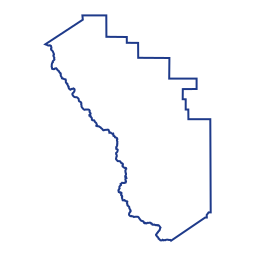 Mitre, Santiago del Estero, Argentina
{"feature_id": "61730980B33007651807911", "entity_name": "Mitre", "entity_type": "district", "adm_level": 2, "iso_a3": "ARG", "parent_name": "Argentina", "parent_adm1": "Santiago del Estero", "projection": "mercator", "projection_center": [-62.854, -29.629], "detail": "fine", "context": "isolated", "style": "outline", "palette": "blue", "viewbox_px": 256, "rotation_deg": 0, "n_neighbors": 0, "source": "geoboundaries", "source_scale": "gbopen_adm2", "svg_char_len": 5731}
<svg xmlns="http://www.w3.org/2000/svg" viewBox="0 0 256 256"><path d="M210.7,212.4L210.3,119.2L188.4,119.2L188.3,109.5L185.7,109.5L185.7,99.3L182.7,99.2L182.8,89.1L196.6,89.0L196.6,78.6L169.2,78.6L169.4,58.0L138.2,57.8L138.1,42.9L126.8,42.8L126.8,37.0L106.4,36.8L106.3,15.4L82.4,15.4L82.8,19.7L45.3,44.3L46.0,44.6L46.8,44.8L47.6,45.3L48.2,45.5L48.8,45.5L49.3,45.3L49.8,45.3L50.0,45.6L50.5,45.6L50.9,45.8L51.1,46.8L51.4,47.2L51.4,48.2L51.0,48.7L51.1,49.5L51.6,50.2L52.2,50.6L52.9,51.5L53.1,52.2L53.8,53.7L54.0,54.4L53.9,54.9L53.4,55.2L53.4,55.6L53.6,56.5L54.3,57.5L54.3,57.8L54.1,58.5L54.3,59.1L54.4,59.6L53.7,60.4L53.3,60.7L52.7,61.5L52.9,62.2L52.1,63.1L51.8,64.3L51.7,66.4L51.6,66.8L51.9,67.3L52.0,67.6L52.1,68.8L52.6,69.0L52.8,68.9L53.8,69.2L54.3,69.1L54.8,68.6L55.2,68.4L56.3,68.3L56.5,68.7L56.6,69.0L57.2,69.3L57.4,69.7L57.6,70.3L57.9,70.5L58.4,70.7L58.8,71.0L59.1,71.4L59.3,72.2L60.1,72.9L60.1,73.1L60.4,73.3L60.5,73.2L60.7,73.4L60.7,73.8L60.6,74.2L60.8,74.5L60.7,75.6L61.0,76.2L61.4,76.7L61.8,77.7L62.2,78.1L62.1,78.4L63.0,78.7L63.3,78.6L64.3,79.2L64.8,79.3L65.4,79.3L65.6,79.4L65.6,79.7L65.8,80.1L65.9,80.6L65.8,81.4L65.9,82.5L66.3,82.9L66.8,83.7L67.2,83.6L67.4,83.8L67.4,84.3L67.9,85.7L68.3,86.1L68.3,86.6L68.7,86.8L68.7,87.8L68.9,88.5L69.8,89.3L70.2,89.4L70.4,89.7L70.7,89.6L71.4,88.9L72.0,89.0L72.9,88.8L73.3,88.4L74.3,88.9L74.6,89.6L74.5,90.9L73.6,92.5L72.8,93.1L72.4,93.7L72.4,94.7L72.9,95.3L73.3,96.1L74.4,97.0L75.3,97.2L76.6,97.2L77.4,97.6L78.6,98.8L78.9,100.8L79.2,101.3L79.5,101.5L80.4,101.8L80.8,102.1L81.0,102.5L81.3,102.9L81.4,103.4L81.1,104.1L81.5,105.1L81.5,106.5L81.9,107.3L83.3,109.0L83.9,109.5L84.7,109.8L85.5,109.5L88.2,109.5L89.1,109.8L89.4,110.2L89.7,110.6L89.7,111.2L89.5,111.8L89.8,112.4L89.9,112.6L90.5,113.2L90.6,113.6L90.0,114.5L90.2,114.9L89.4,115.0L89.4,115.7L90.1,115.9L90.5,116.8L91.1,117.0L91.5,117.7L91.8,118.0L91.9,119.8L92.3,119.9L92.8,120.3L94.1,120.3L94.5,120.8L94.8,121.7L96.2,123.0L97.0,125.1L96.6,125.3L96.3,125.8L97.0,126.2L98.9,126.3L99.4,126.8L99.7,126.9L100.7,127.5L101.0,128.0L102.4,129.1L102.7,129.7L103.2,130.2L103.6,130.3L104.9,129.9L106.0,129.9L107.1,129.7L108.1,129.7L108.6,130.0L108.7,130.6L109.1,131.2L109.3,131.9L109.3,132.3L109.4,132.7L110.0,132.4L110.7,132.6L111.1,133.1L111.7,133.3L112.0,133.6L112.7,133.7L112.9,133.9L113.2,133.7L113.4,134.2L113.1,134.7L113.4,135.3L113.5,135.9L114.2,136.0L114.6,136.3L114.8,136.6L115.0,137.3L115.9,137.5L116.2,137.8L116.6,138.0L117.0,138.1L117.2,138.5L117.1,139.0L117.3,139.3L116.9,139.9L117.0,140.9L117.3,141.3L117.4,141.7L117.2,142.2L117.4,143.1L117.3,143.6L117.0,144.1L117.3,144.8L117.2,145.2L117.0,145.8L116.8,146.4L116.5,146.6L116.2,147.1L116.2,147.7L116.4,147.9L116.2,148.8L117.4,149.4L117.7,149.7L117.7,150.2L117.5,151.0L117.4,151.6L116.8,152.4L116.1,153.0L116.1,153.6L116.2,154.3L116.6,154.8L116.7,155.2L116.8,156.0L116.7,156.6L116.3,157.0L116.2,158.1L116.0,158.6L116.1,159.3L117.7,161.1L119.9,161.2L120.5,161.8L120.8,162.4L121.5,163.3L122.3,163.3L122.9,164.0L122.9,165.1L122.4,165.9L122.7,166.5L123.8,167.4L124.6,167.9L124.9,168.0L125.6,167.8L126.0,168.0L126.2,168.6L125.7,168.8L125.8,169.7L125.3,170.8L125.4,171.5L125.7,172.2L125.5,172.8L126.0,173.6L126.0,174.5L125.9,175.0L125.4,175.6L125.2,176.2L125.3,177.0L125.7,177.0L125.6,177.3L125.8,177.6L126.0,177.8L126.3,177.8L126.4,178.2L125.8,178.4L125.3,179.1L125.6,180.5L126.0,181.1L125.9,181.5L126.0,181.8L125.6,182.4L125.5,182.7L125.3,182.7L125.2,182.5L124.8,182.5L124.6,182.7L124.3,183.0L124.0,183.0L123.4,183.0L122.9,182.8L122.4,182.9L122.0,182.8L121.6,183.3L120.6,184.0L120.8,184.3L121.0,185.0L120.1,185.8L119.4,186.7L119.4,188.1L119.6,188.5L119.4,188.7L119.1,189.0L119.0,189.6L118.8,189.7L118.4,190.2L118.5,190.5L118.7,191.4L118.6,191.7L118.8,192.1L119.7,192.3L120.0,192.6L120.4,192.3L121.3,192.7L121.5,192.9L121.5,193.1L121.2,193.5L121.4,194.1L121.4,194.3L121.1,194.6L121.1,195.1L121.8,195.9L122.1,196.0L122.2,196.5L122.0,196.9L121.9,197.1L122.1,197.4L122.0,197.7L122.0,198.0L122.2,198.6L122.6,199.7L122.7,200.3L122.9,200.4L123.3,200.4L124.5,200.1L124.8,200.6L125.1,200.8L125.5,200.8L125.9,201.0L126.1,201.2L126.4,201.5L127.2,201.4L127.3,201.5L127.2,201.8L127.1,202.3L127.2,203.1L127.0,203.5L127.3,204.0L127.3,204.5L127.5,204.7L127.4,205.2L127.6,205.6L127.8,205.8L128.1,205.9L128.4,206.1L129.2,206.9L129.3,207.3L129.3,208.1L129.6,208.8L130.2,209.6L130.4,210.4L130.6,210.5L130.6,211.3L130.2,211.4L130.1,212.1L129.7,212.6L129.3,213.0L129.2,213.3L129.1,213.9L129.0,214.3L129.2,215.1L130.0,215.9L131.1,216.3L131.6,216.0L132.5,216.4L132.9,216.4L133.7,216.7L133.9,217.0L135.0,216.8L136.1,216.7L137.9,216.8L138.4,217.1L138.8,217.6L139.6,218.9L140.1,219.4L140.5,220.1L141.3,220.8L141.7,220.8L142.0,221.0L142.7,221.1L143.3,221.4L143.6,221.7L143.7,222.3L144.0,222.8L144.3,222.8L144.4,223.1L144.8,223.3L145.2,223.3L145.7,223.0L146.0,223.3L146.6,223.4L147.0,223.1L147.5,222.8L148.8,222.9L149.0,222.9L149.4,222.7L150.3,222.7L150.8,222.9L151.1,223.3L151.1,223.5L151.8,223.6L152.3,224.6L153.1,224.8L153.9,224.6L154.5,224.6L154.8,224.9L155.5,225.0L155.8,225.2L156.3,225.0L157.2,225.4L157.6,225.4L157.8,225.1L158.2,225.2L158.5,225.2L159.1,225.7L160.3,227.3L160.5,227.6L160.1,228.2L160.1,228.5L159.8,229.6L159.5,229.9L159.5,230.4L158.9,231.0L158.4,231.4L158.1,231.7L157.9,232.4L157.4,232.7L157.1,233.1L156.9,233.6L156.4,234.1L156.0,234.7L156.0,235.0L156.6,235.7L156.6,235.9L156.8,236.1L157.1,236.6L157.7,237.0L158.1,237.4L158.3,237.7L158.5,238.6L159.0,238.8L159.3,239.3L159.8,239.6L160.0,239.9L160.4,240.3L160.7,240.3L161.7,240.4L162.2,240.2L162.6,239.8L163.3,240.3L163.6,240.1L165.2,240.2L165.3,240.0L166.7,239.7L167.9,239.7L169.0,240.0L170.2,239.9L171.1,240.3L171.2,240.6L205.2,217.5L206.8,217.5L206.7,215.0L208.6,212.4L210.7,212.4Z" fill="none" stroke="#1e3a8a" stroke-width="2"/></svg>